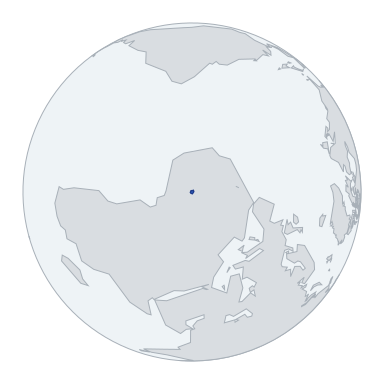 the Earth from above Oudalan, rotated 112°
{"feature_id": "BFA-2805", "entity_name": "Oudalan", "entity_type": "Province", "adm_level": 1, "iso_a3": "BFA", "parent_name": "Burkina Faso", "parent_adm1": "", "projection": "orthographic", "projection_center": [-0.325, 14.611], "detail": "fine", "context": "on_globe", "style": "filled", "palette": "blue", "viewbox_px": 384, "rotation_deg": 112, "n_neighbors": 0, "source": "natural_earth", "source_scale": "10m", "svg_char_len": 9019}
<svg xmlns="http://www.w3.org/2000/svg" viewBox="0 0 384 384"><g transform="rotate(112 192 192)"><circle cx="192" cy="192" r="169" fill="#eef3f6" stroke="#a8b0b8"/><path d="M149.2,28.6L147.4,29.2L130.4,35.9L133.5,35.0L129.0,37.7L130.8,37.8L127.1,39.5L131.8,38.3L134.8,36.7L137.8,35.8L139.2,35.9L134.8,37.9L133.4,38.1L132.8,38.8L130.0,39.8L132.2,39.4L126.6,42.1L134.1,39.7L131.3,42.2L127.1,44.0L125.0,43.3L110.0,47.7L105.1,50.3L100.2,53.9L96.4,61.2L92.0,64.6L87.9,69.4L91.4,67.4L95.9,63.1L101.5,61.2L106.3,56.7L109.3,55.4L115.3,51.4L117.0,52.6L115.5,56.2L110.7,59.8L109.9,61.7L116.7,59.1L109.7,67.2L108.8,75.4L106.7,77.8L98.7,80.1L93.2,77.4L82.8,82.4L92.2,80.1L86.8,86.8L87.1,88.5L88.9,88.9L92.0,86.9L90.7,89.6L81.0,92.4L82.0,89.9L85.1,88.9L82.4,88.0L75.8,90.8L73.6,94.5L65.9,96.4L64.3,99.2L61.7,101.5L64.9,96.8L59.0,105.7L49.6,112.4L41.4,129.0L46.6,114.7L46.6,111.8L45.9,110.3L44.5,112.9L45.5,108.7L43.1,112.2L41.0,116.2L46.7,105.7L53.2,95.7L60.4,86.1L68.2,77.0L76.6,68.6L85.6,60.7L95.2,53.5L105.2,47.0L115.7,41.3L126.5,36.2L137.7,32.0L149.2,28.6ZM32.7,135.6L32.2,138.3L34.3,133.4L35.1,134.2L29.5,148.2L30.2,153.9L27.3,165.3L26.8,172.4L28.3,172.5L29.6,177.3L32.2,171.7L35.6,170.0L33.9,179.7L37.2,172.1L38.1,177.8L46.0,181.5L45.0,183.4L51.4,198.2L61.1,206.8L63.3,214.6L61.9,218.5L65.9,221.0L66.0,223.9L84.3,233.0L95.7,242.4L96.8,252.1L89.9,261.5L90.0,283.1L79.3,287.0L80.9,295.2L80.0,305.3L73.0,301.9L79.4,309.0L79.1,311.4L75.8,310.1L79.0,314.2L76.7,313.1L81.0,316.8L83.1,320.4L89.3,325.5L92.3,328.3L96.4,331.3L95.4,330.6L95.7,330.9L78.1,316.8L73.0,311.7L73.6,312.5L63.0,300.5L57.1,291.3L42.7,261.1L39.4,253.9L33.6,243.5L26.1,216.2L26.1,207.4L25.3,202.0L27.9,190.7L28.6,177.2L28.0,174.5L26.6,178.4L26.1,167.2L27.8,156.4L29.8,144.9L32.7,135.6ZM38.8,134.4L39.8,146.4L36.9,145.2L37.9,144.1L38.1,139.8L37.8,134.9L35.9,134.7L38.8,134.4ZM44.5,127.1L44.1,125.8L44.8,126.4L44.5,127.1ZM113.9,51.1L114.6,51.2L113.1,51.9L113.9,51.1ZM115.9,49.3L113.7,49.9L114.3,49.2L115.7,48.8L115.9,49.3ZM118.4,48.7L115.7,47.9L116.8,46.7L122.8,44.3L118.4,48.7ZM135.2,36.2L132.0,37.8L133.4,36.5L135.2,36.2ZM135.3,35.6L135.1,33.8L140.4,31.8L139.4,32.6L145.3,30.3L148.0,30.2L145.4,31.5L141.4,32.7L145.4,31.8L135.3,35.6ZM139.2,35.3L138.7,35.0L143.2,33.1L145.1,33.6L143.0,34.0L139.2,35.3ZM145.5,30.0L149.2,28.9L152.5,28.5L154.3,28.1L148.5,30.1L145.5,30.0ZM142.7,34.5L145.9,33.9L145.0,34.9L140.0,35.6L142.7,34.5ZM143.6,32.6L145.9,31.8L145.3,32.3L143.6,32.6ZM143.6,38.9L142.9,38.1L145.2,37.1L143.6,38.9ZM147.2,33.6L147.5,33.3L148.3,32.9L150.2,32.8L147.2,33.6ZM151.2,29.8L151.7,30.0L153.7,28.9L156.2,28.8L151.9,30.3L154.8,29.6L155.6,29.6L151.2,30.9L151.2,29.8ZM154.7,31.5L150.0,33.8L150.8,35.2L148.8,36.2L147.8,33.8L154.7,31.5ZM153.0,31.0L153.6,31.5L150.7,32.2L148.6,32.3L153.0,31.0ZM159.5,28.3L156.8,28.1L157.8,27.8L159.5,28.3ZM155.5,31.7L156.6,31.2L155.9,31.8L155.5,31.7ZM158.9,29.1L157.8,29.0L159.0,28.7L158.9,29.1ZM159.7,30.4L158.2,31.1L156.7,31.1L159.7,30.4ZM159.8,29.7L161.7,29.3L157.1,30.7L159.1,29.7L159.8,29.7ZM160.2,28.8L160.6,28.6L160.5,28.9L160.2,28.8ZM166.3,30.2L160.8,31.9L157.5,31.9L163.3,30.1L166.3,30.2ZM97.5,332.1L96.7,331.5L103.7,336.0L97.5,332.1ZM100.8,333.4L101.8,333.3L103.5,334.3L103.2,334.6L100.8,333.4ZM353.1,140.9L352.0,137.6L347.7,127.5L349.0,134.0L352.3,153.9L355.8,169.8L355.6,178.2L348.0,158.4L342.4,144.1L341.1,146.8L332.1,137.0L320.7,141.5L317.8,138.2L315.9,141.0L309.5,138.9L304.6,133.4L301.3,134.9L313.8,149.4L317.3,147.9L318.5,140.3L321.5,145.9L327.5,149.6L325.2,166.6L306.1,186.2L302.3,174.7L277.4,145.9L277.1,142.2L276.9,141.8L276.4,141.1L276.2,147.3L271.3,141.7L286.7,162.2L290.2,171.7L305.9,187.0L304.9,189.2L309.4,192.0L321.2,183.9L321.7,188.0L317.4,208.4L299.2,238.1L300.5,254.2L297.2,268.5L283.4,280.1L282.2,290.4L274.7,295.2L272.6,301.1L265.1,308.0L253.7,315.0L236.8,317.2L237.7,312.2L232.3,303.0L225.6,278.9L231.9,266.6L231.2,257.3L218.8,237.2L221.6,225.1L217.8,220.4L210.3,222.1L205.6,216.4L200.8,216.5L169.6,221.7L158.9,214.0L143.4,189.8L148.2,180.2L147.1,168.9L178.6,130.9L187.6,132.7L214.9,126.2L218.8,127.2L218.0,135.9L240.5,144.3L244.9,136.6L262.8,140.0L273.2,138.1L272.6,121.9L255.6,124.6L250.2,117.5L261.9,108.9L276.4,107.3L274.8,104.6L263.6,99.9L264.8,94.3L259.5,97.9L263.2,100.3L259.9,102.9L256.3,100.9L256.9,98.8L251.9,98.3L250.4,109.1L254.0,112.7L242.3,116.3L247.2,122.9L244.7,126.6L235.5,117.0L234.9,113.1L219.5,103.8L219.1,108.1L233.6,117.4L230.0,116.9L229.7,123.6L227.1,118.2L211.3,107.8L199.4,111.4L187.7,128.5L180.0,130.4L171.8,127.6L172.5,111.2L189.8,109.0L190.2,104.0L183.7,97.3L189.5,97.4L188.9,94.7L195.1,93.8L200.9,86.8L206.8,85.6L206.1,77.6L209.1,76.1L208.6,81.1L211.4,84.3L225.6,82.3L227.5,80.4L226.0,75.5L230.1,76.0L226.7,71.6L233.5,68.9L222.5,68.8L220.4,63.9L222.9,59.8L220.2,58.4L216.1,65.2L216.3,68.0L219.6,70.4L218.3,79.1L214.0,81.1L207.9,72.4L201.2,74.6L199.4,67.6L211.5,52.4L218.0,49.3L234.8,53.3L235.0,56.2L229.0,56.0L237.2,60.2L235.2,57.9L238.6,58.5L237.5,54.7L239.8,54.9L234.7,51.1L237.5,51.0L240.7,53.5L241.3,48.5L246.3,47.9L245.3,46.8L242.8,45.7L250.8,46.1L249.7,45.2L246.7,44.7L242.6,42.8L238.4,39.8L241.4,40.1L243.3,41.2L251.8,44.3L256.4,47.7L257.2,47.5L253.9,44.7L243.5,40.9L240.2,39.0L245.1,40.4L243.1,39.8L242.3,39.0L244.4,38.6L239.0,37.0L226.8,30.0L229.6,29.2L235.4,30.8L230.0,27.9L233.6,28.3L230.8,27.7L226.3,26.6L225.2,26.4L223.5,26.0L220.5,25.5L232.6,28.0L244.4,31.4L256.0,35.6L267.2,40.7L278.0,46.6L288.4,53.2L298.3,60.6L307.5,68.7L316.2,77.5L324.2,86.8L331.6,96.8L338.1,107.2L343.9,118.1L348.9,129.3L353.1,140.9ZM170.5,150.1L170.3,153.4L170.3,153.5L170.5,150.1ZM293.9,114.2L301.2,113.0L294.4,104.3L296.6,103.3L293.4,100.9L293.8,103.7L285.6,97.2L287.4,93.8L284.7,90.1L282.1,90.4L280.0,97.9L291.8,106.9L291.6,111.2L293.9,114.2ZM46.3,181.5L47.1,183.9L45.6,183.3L46.3,181.5ZM35.3,148.7L36.1,149.8L36.1,151.7L35.2,151.5L35.3,148.7ZM44.8,156.0L46.2,157.8L44.2,157.6L44.8,156.0ZM40.2,148.1L43.5,155.0L39.7,155.7L37.7,151.6L39.8,152.1L40.2,148.1ZM41.7,132.0L41.9,133.2L41.0,134.7L41.7,132.0ZM45.0,127.6L44.7,127.5L45.1,125.9L45.0,127.6ZM87.4,86.6L88.2,86.5L89.5,87.4L87.8,88.1L87.4,86.6ZM102.1,86.3L99.7,90.8L100.2,87.9L97.3,89.3L94.8,85.4L105.5,78.8L101.1,82.3L102.1,86.3ZM94.4,78.9L94.8,81.7L94.0,78.9L94.4,78.9ZM179.8,82.0L182.9,83.4L181.9,86.6L174.5,89.5L175.8,84.7L179.8,82.0ZM187.5,84.8L183.4,76.2L187.9,74.6L186.1,76.8L189.4,76.6L187.4,80.3L195.6,87.7L195.3,91.1L181.7,93.6L186.3,90.7L183.0,89.3L187.5,84.8ZM165.3,61.7L163.6,59.2L175.5,58.6L175.7,61.1L168.3,63.7L163.7,62.4L165.3,61.7ZM129.4,45.3L128.0,45.2L129.3,44.5L131.5,44.0L129.4,45.3ZM143.1,38.6L136.9,45.2L135.0,45.3L133.6,49.6L128.0,51.8L129.1,48.8L123.8,54.1L122.5,52.3L119.5,55.9L122.4,49.1L121.0,48.1L124.7,48.3L129.8,46.2L131.7,45.0L135.8,41.1L135.4,38.4L140.4,36.3L144.1,35.6L145.0,35.9L141.4,37.1L145.2,36.7L140.7,38.6L143.1,38.6ZM184.5,34.9L180.0,34.9L186.7,36.7L182.3,37.7L183.3,37.9L181.1,39.5L180.1,41.8L177.8,42.1L178.4,42.9L177.0,44.2L177.1,45.5L172.8,46.6L172.7,48.4L170.8,48.0L171.6,50.9L169.1,49.3L166.9,51.1L170.5,51.7L147.4,56.9L139.6,61.2L134.5,65.8L130.9,63.1L133.4,57.4L139.2,51.1L147.2,47.7L144.2,47.4L147.1,45.8L148.3,46.7L148.2,44.4L150.9,43.4L156.1,39.3L154.2,37.1L156.1,35.8L158.2,36.2L158.5,34.6L163.7,34.6L165.2,33.7L171.7,33.0L174.9,34.7L176.3,33.6L181.3,33.4L184.5,34.9ZM168.2,30.0L173.0,31.2L172.9,32.5L161.6,33.2L159.5,34.0L152.2,35.0L152.5,33.2L154.5,33.0L156.6,32.5L155.7,33.2L158.0,32.2L160.9,32.0L163.4,31.3L164.3,31.8L168.2,30.0ZM221.7,123.7L224.3,123.8L228.2,123.0L228.1,127.5L221.7,123.7ZM210.8,116.7L213.1,115.9L214.7,121.3L211.9,121.4L210.8,116.7ZM212.8,111.2L213.0,115.5L211.3,113.2L212.8,111.2ZM210.5,80.3L212.7,79.5L213.5,80.5L212.9,82.4L210.5,80.3ZM203.6,42.1L201.0,41.5L201.3,41.0L197.7,38.7L200.7,38.0L204.1,39.1L203.6,42.1ZM270.5,125.1L268.4,128.6L266.4,127.4L267.6,126.4L270.5,125.1ZM247.9,128.2L253.7,129.5L247.7,129.4L247.9,128.2ZM206.2,41.0L204.4,40.0L207.1,40.3L206.2,41.0ZM202.7,37.4L205.6,37.5L200.6,37.7L202.7,37.4ZM296.4,324.7L295.1,325.9L293.9,326.7L296.4,324.7ZM318.3,260.9L304.8,287.1L299.1,288.7L299.9,282.0L306.3,266.7L313.6,260.8L317.7,253.2L318.3,260.9ZM356.2,171.1L358.2,179.5L357.8,181.9L356.2,171.1ZM229.4,36.9L231.1,40.6L234.3,43.4L239.2,45.2L233.0,44.6L228.0,40.2L229.4,36.9ZM226.8,30.6L222.5,29.6L223.8,29.4L225.0,29.6L226.8,30.6ZM224.6,30.5L220.3,30.6L217.5,29.7L221.5,29.7L224.6,30.5ZM213.5,34.9L213.8,35.9L211.6,35.6L213.5,34.9ZM223.0,26.0L220.7,25.6L223.0,26.0ZM214.4,24.6L215.9,24.9L213.0,24.4L214.4,24.6ZM219.5,25.7L215.9,24.9L221.2,25.9L219.5,25.7Z" fill="#d9dde1" stroke="#a8b0b8" stroke-width="1"/><path d="M191.6,190.6L191.7,190.8L191.8,190.8L192.1,190.7L192.3,190.7L192.8,190.9L193.5,191.1L193.5,191.3L193.5,191.6L193.4,192.2L193.4,192.3L193.5,192.5L193.4,192.6L193.2,192.9L193.1,193.0L192.9,193.3L192.7,193.2L192.4,193.3L192.3,193.2L192.2,193.2L192.0,193.3L191.5,193.4L191.3,193.4L191.2,193.3L191.1,193.2L191.1,192.8L191.0,192.7L190.9,192.6L190.7,192.4L190.7,192.2L190.4,191.8L190.2,191.6L190.0,191.4L190.5,190.9L190.7,190.7L190.8,190.6L191.5,190.6L191.6,190.6Z" fill="#3b82f6" stroke="#1e3a8a" stroke-width="1.5"/></g></svg>